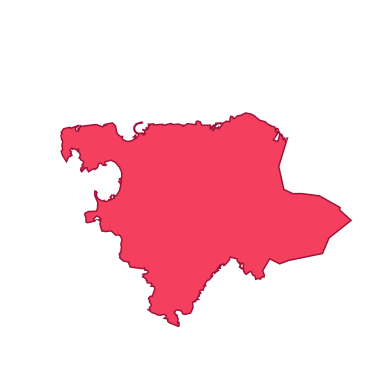 Randaberg nor, Rogaland, Norway (Albers equal-area conic projection), rotated 321°
{"feature_id": "86288312B80966124868443", "entity_name": "Randaberg nor", "entity_type": "district", "adm_level": 2, "iso_a3": "NOR", "parent_name": "Norway", "parent_adm1": "Rogaland", "projection": "albers", "projection_center": [5.609, 59.004], "detail": "fine", "context": "isolated", "style": "filled", "palette": "rose", "viewbox_px": 384, "rotation_deg": 321, "n_neighbors": 0, "source": "geoboundaries", "source_scale": "gbopen_adm2", "svg_char_len": 6065}
<svg xmlns="http://www.w3.org/2000/svg" viewBox="0 0 384 384"><g transform="rotate(321 192 192)"><path d="M297.4,212.0L296.7,211.6L298.2,207.8L296.8,209.6L295.8,208.3L297.4,206.1L296.9,205.3L297.9,204.6L297.1,204.0L297.6,203.5L297.1,202.7L297.7,199.1L297.3,198.9L296.7,202.3L290.5,206.7L287.8,202.9L295.8,200.2L295.9,199.3L294.3,198.9L295.7,198.6L296.0,196.5L297.6,196.5L298.8,198.2L297.8,195.7L295.8,196.1L296.8,194.9L297.0,192.9L294.8,190.6L295.1,189.9L293.7,187.3L293.1,183.5L289.7,178.8L288.5,172.5L287.1,168.8L283.4,164.3L278.1,163.1L275.5,161.5L271.1,161.6L270.4,161.0L271.0,160.0L270.6,158.3L269.5,157.6L265.4,161.0L263.4,158.7L258.4,157.7L257.9,156.4L254.7,154.4L254.4,154.9L257.3,156.8L257.6,158.9L253.9,159.4L253.8,158.6L253.0,159.7L252.0,159.1L252.5,158.3L250.4,156.9L250.8,155.6L253.4,154.9L253.8,153.7L250.5,154.6L250.0,156.9L248.0,157.4L248.4,156.8L247.5,156.9L248.2,156.3L247.1,156.8L248.1,156.1L247.5,156.3L247.1,156.2L247.8,156.1L247.3,155.0L249.9,154.6L250.3,153.7L246.0,154.3L247.0,152.7L248.0,153.4L247.5,152.6L248.4,151.7L241.6,146.3L242.5,142.5L240.8,140.2L239.8,140.0L236.9,142.6L237.6,141.2L236.7,141.5L231.4,136.0L226.8,135.6L226.5,134.7L227.9,135.1L226.5,134.2L224.5,130.9L218.9,127.1L219.2,126.0L218.5,125.4L212.6,122.6L211.5,121.4L211.8,120.9L204.5,115.9L205.1,115.0L200.9,112.0L201.0,113.4L199.9,112.9L198.7,114.1L199.0,114.5L196.8,115.3L195.6,114.8L197.6,112.8L195.5,114.6L194.2,114.3L192.6,112.0L193.6,114.7L192.6,116.7L191.5,116.4L192.3,115.7L191.1,116.4L191.6,117.4L190.8,117.4L189.6,116.1L190.4,115.0L187.1,112.6L186.1,109.7L186.7,107.0L189.4,104.7L193.1,104.9L196.9,107.1L197.1,106.1L191.7,103.9L188.2,104.7L186.1,107.0L185.5,109.2L185.9,111.5L187.3,113.6L184.2,115.0L183.3,114.8L183.2,113.3L184.1,112.3L181.5,112.4L182.9,113.4L183.0,114.8L181.8,115.1L181.5,114.2L177.9,114.5L173.7,112.2L171.3,108.3L171.7,105.9L173.7,104.9L171.9,105.4L170.6,100.5L171.3,97.6L174.1,92.6L173.6,88.2L167.4,85.0L167.4,85.8L166.2,85.8L165.9,84.5L163.5,85.2L160.0,79.2L147.3,71.3L146.9,69.7L146.8,71.4L144.1,71.2L144.4,71.7L143.8,71.9L143.2,71.2L142.8,71.8L143.5,72.2L141.6,73.3L140.3,71.3L141.8,68.6L145.4,69.6L145.8,68.9L137.8,66.1L138.0,65.3L137.5,64.7L132.1,62.1L127.8,63.4L127.5,64.9L125.9,65.5L123.8,69.0L123.5,71.2L119.9,74.3L118.4,77.5L116.0,78.0L114.4,82.1L113.5,89.5L117.8,87.2L121.6,88.0L122.4,86.3L121.7,85.6L123.6,84.8L123.2,83.1L126.3,82.1L126.3,83.7L127.3,83.8L128.9,86.8L130.4,86.9L130.4,88.1L128.9,87.9L128.6,88.7L129.4,89.2L128.7,92.9L125.7,94.6L126.2,95.3L125.8,96.9L126.9,99.5L126.3,101.1L123.5,101.8L123.3,103.7L121.3,103.4L119.2,104.9L119.0,106.8L120.2,106.8L120.5,104.9L121.9,106.6L123.1,105.4L124.3,106.6L125.3,106.1L124.8,106.4L125.8,107.1L124.5,108.8L124.9,109.8L124.3,111.1L129.3,111.8L130.7,112.4L130.6,113.3L133.8,113.6L137.7,111.2L139.4,112.3L139.7,115.2L141.7,117.1L143.1,116.6L141.5,116.7L141.2,115.5L143.5,113.9L149.2,116.4L151.0,120.6L151.2,122.8L151.2,127.2L150.4,130.4L149.5,132.7L146.8,136.2L144.8,137.6L144.4,137.0L144.4,137.8L143.7,137.1L144.1,136.5L143.4,136.7L144.2,138.1L142.6,140.3L141.7,137.1L141.6,139.5L142.1,140.3L139.8,142.8L136.7,145.2L131.3,147.2L129.5,146.5L128.0,147.6L129.8,144.7L128.3,145.6L127.7,147.7L124.8,147.1L126.0,144.5L128.5,143.8L125.1,144.5L124.6,147.0L122.7,146.2L122.6,145.0L122.2,146.3L120.5,146.0L118.4,144.6L118.5,143.2L116.9,142.9L115.0,139.0L114.9,136.5L116.0,133.7L117.8,132.8L117.8,130.7L117.0,130.2L114.2,133.6L112.2,140.8L108.2,145.3L105.5,146.7L99.4,142.1L96.1,141.2L94.6,141.7L93.1,145.7L90.9,148.4L90.7,148.9L91.4,150.0L98.1,153.4L99.3,153.2L98.0,152.4L98.6,150.8L102.3,150.7L103.1,151.0L104.3,153.8L103.9,155.0L103.0,155.1L104.0,156.1L103.6,156.5L101.8,154.9L102.3,157.2L100.3,159.0L97.4,165.5L100.2,168.6L104.0,170.7L105.0,172.5L105.4,177.3L107.9,179.0L108.6,181.0L108.3,183.3L106.9,185.6L104.1,187.6L102.2,190.8L98.1,194.5L97.2,193.9L95.9,195.3L96.0,196.3L94.4,197.6L95.2,202.4L98.9,206.9L98.1,207.2L96.8,211.5L104.4,219.5L106.3,221.2L107.1,220.9L107.3,221.5L106.2,222.8L108.4,225.6L107.5,226.8L105.5,226.9L102.1,225.1L102.2,226.3L100.3,226.7L101.6,230.4L100.7,232.1L101.2,233.0L100.1,234.4L103.1,237.2L102.3,238.2L102.6,238.8L100.9,239.4L103.1,241.4L102.3,243.8L95.3,248.1L94.3,246.9L91.8,247.0L90.9,247.9L91.0,250.0L89.8,250.4L89.4,254.4L86.7,255.0L85.5,255.7L85.2,257.0L84.0,256.1L85.1,260.7L87.2,263.8L87.4,265.1L89.5,267.6L93.4,269.7L94.0,271.2L93.5,272.9L90.9,272.7L93.3,275.6L91.8,277.0L92.0,279.0L96.8,287.8L97.8,287.9L98.5,286.8L98.2,285.7L99.2,285.9L99.9,284.9L98.6,284.2L101.3,281.9L102.6,278.3L101.9,278.4L102.4,277.2L102.2,275.1L102.8,274.2L103.7,274.9L103.3,274.2L104.2,273.8L105.8,273.9L108.8,277.2L108.5,278.1L108.9,278.8L108.1,280.9L109.8,282.9L114.7,285.2L119.9,282.6L122.9,278.3L124.9,278.3L125.3,279.8L125.6,278.1L125.7,279.2L127.7,278.5L129.3,279.7L128.2,278.1L129.5,279.2L129.3,277.7L130.0,277.2L131.9,277.5L132.5,277.1L132.0,276.7L133.8,275.4L135.0,276.3L135.4,275.7L135.2,273.9L135.8,273.7L137.8,274.1L138.9,275.3L141.9,273.1L144.3,273.7L142.2,272.6L142.8,272.1L143.9,272.5L144.4,271.5L148.3,270.3L149.9,271.1L155.1,270.3L153.7,269.9L154.7,268.9L154.8,269.6L155.3,269.7L155.0,268.9L157.0,267.8L159.6,268.5L158.6,269.4L159.8,269.4L160.2,268.5L160.2,269.2L162.4,269.5L161.9,269.0L162.2,268.3L163.1,269.4L162.7,268.5L163.9,269.0L163.2,268.2L164.1,267.7L165.2,268.5L164.9,267.4L166.9,269.0L165.3,267.4L168.0,266.2L168.3,267.2L166.6,267.7L170.2,267.0L170.8,267.8L170.1,268.0L171.1,268.2L170.5,269.0L171.4,269.5L178.2,268.3L180.8,266.7L185.0,272.4L184.2,273.3L183.6,276.3L184.6,276.6L183.1,279.7L185.9,278.4L186.7,280.2L183.8,283.5L182.9,282.8L182.2,280.0L181.7,280.1L182.4,283.3L183.7,284.1L182.2,286.2L182.5,287.2L181.9,287.6L182.3,290.1L187.2,290.3L187.8,291.8L186.9,294.8L188.1,296.9L186.5,299.9L189.6,301.2L190.2,302.7L193.2,302.0L194.4,303.4L195.9,302.1L197.4,297.6L210.4,292.8L214.9,303.0L224.1,306.0L254.7,321.9L269.6,313.9L297.8,314.2L295.4,298.8L297.3,297.3L288.6,275.2L276.4,262.4L269.2,256.6L265.0,247.8L275.5,226.7L297.4,212.0ZM300.0,210.2L299.5,210.0L299.1,210.8L300.0,210.2Z" fill="#f43f5e" stroke="#9f1239" stroke-width="1.5"/></g></svg>